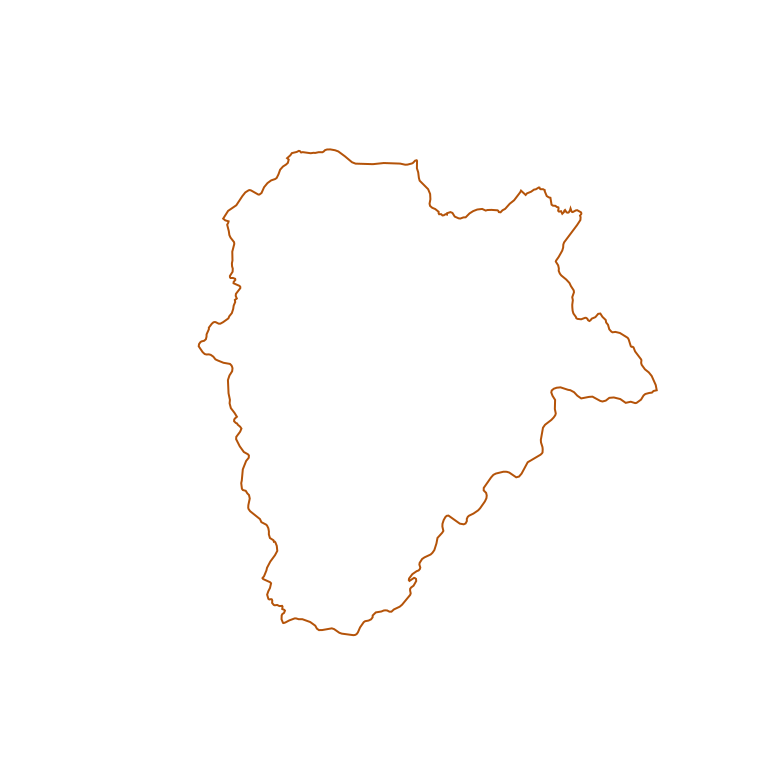 Carolina, Antioquia, Colombia, rotated 35°
{"feature_id": "7082276B54893921503227", "entity_name": "Carolina", "entity_type": "district", "adm_level": 2, "iso_a3": "COL", "parent_name": "Colombia", "parent_adm1": "Antioquia", "projection": "natural_earth1", "projection_center": [-75.301, 6.75], "detail": "fine", "context": "isolated", "style": "outline", "palette": "amber", "viewbox_px": 768, "rotation_deg": 35, "n_neighbors": 0, "source": "geoboundaries", "source_scale": "gbopen_adm2", "svg_char_len": 6153}
<svg xmlns="http://www.w3.org/2000/svg" viewBox="0 0 768 768"><g transform="rotate(35 384 384)"><path d="M164.0,301.7L162.7,302.2L162.0,303.0L160.5,306.6L160.2,311.3L160.5,322.3L157.0,331.6L157.4,340.8L160.1,341.0L163.4,339.9L163.9,341.2L164.2,343.5L169.2,347.8L171.9,350.7L174.3,352.1L179.8,353.8L181.0,355.1L183.8,362.6L189.0,369.7L190.2,372.4L192.0,374.7L194.0,376.3L195.6,378.9L195.8,383.9L196.6,384.9L197.5,385.2L199.4,383.8L201.7,383.2L202.5,384.0L202.3,386.7L203.0,387.8L209.4,386.5L210.6,386.9L211.3,387.9L211.0,395.1L212.0,396.9L214.4,398.4L213.6,400.7L215.1,402.2L215.9,406.0L217.4,409.0L218.7,413.2L218.4,417.3L218.9,419.5L216.7,425.7L215.3,428.5L214.0,429.4L210.6,429.9L209.7,430.4L208.9,431.3L208.4,433.4L208.2,438.3L209.1,439.5L210.2,445.1L211.5,447.1L212.4,449.5L211.9,451.7L210.0,453.9L209.6,455.1L209.6,457.4L210.6,459.4L217.1,461.9L219.9,462.3L221.6,461.7L223.5,460.2L225.3,459.5L228.5,459.5L231.8,460.5L234.2,460.1L240.3,458.7L246.3,455.9L248.5,456.3L250.2,457.4L251.0,458.2L252.3,460.7L252.5,465.6L253.9,470.3L262.0,480.8L266.9,485.4L268.6,488.4L272.4,491.6L278.1,493.4L282.3,495.2L281.6,498.0L281.8,499.3L282.6,500.5L285.0,500.9L286.4,500.6L287.4,501.2L290.7,501.5L292.8,502.3L293.5,505.6L293.3,512.0L294.5,514.0L301.6,517.8L308.2,520.1L312.8,519.6L314.3,520.0L315.5,522.0L315.2,526.1L317.3,534.9L322.9,544.7L323.9,547.1L327.7,551.3L329.2,551.8L332.0,550.8L334.8,552.0L337.1,552.4L339.7,554.8L342.4,561.1L343.8,563.3L344.8,564.1L347.3,565.0L359.9,565.8L362.8,567.5L368.0,566.8L369.3,567.0L372.0,568.5L374.3,570.8L375.9,573.2L378.9,575.6L383.0,575.4L384.3,576.4L384.8,575.8L385.8,576.0L389.0,578.1L392.3,581.9L392.9,586.8L392.7,594.6L393.6,601.7L394.6,604.1L396.0,610.3L395.8,612.7L396.9,613.1L404.4,611.7L405.8,612.0L407.6,616.5L408.1,620.1L409.1,623.6L412.5,626.3L413.6,626.3L414.9,625.0L415.7,624.8L416.7,625.5L417.9,627.5L420.4,628.2L421.5,627.9L423.2,626.3L425.7,625.9L427.8,624.2L428.5,624.5L429.7,626.7L431.9,626.2L432.9,626.5L433.4,628.9L432.7,630.7L432.9,632.2L435.0,635.5L438.3,637.6L438.9,637.4L440.0,635.9L442.0,632.0L445.3,627.2L446.3,626.5L449.0,625.6L452.0,623.5L460.1,621.3L466.3,621.4L469.4,622.9L471.9,622.9L474.5,621.0L481.4,614.1L483.7,613.4L490.1,613.4L492.6,612.7L503.0,607.3L504.2,606.2L505.0,604.7L505.1,602.5L504.0,597.1L504.0,590.7L504.6,589.1L507.0,586.7L508.4,584.2L508.5,581.7L507.5,580.1L508.3,575.8L512.3,571.9L513.7,569.7L514.8,568.7L516.5,567.7L519.0,567.4L520.7,566.2L521.4,563.0L524.6,557.4L525.4,554.4L526.4,541.7L525.9,540.1L523.9,538.3L522.9,536.8L522.9,535.2L523.9,532.3L523.4,526.9L522.0,525.3L520.3,525.3L519.8,525.6L517.8,530.7L516.8,530.4L516.1,528.9L516.3,523.5L518.1,518.6L519.3,516.9L519.5,514.9L519.0,513.5L516.6,511.7L515.8,510.1L515.6,505.5L516.6,502.8L520.0,496.9L520.5,494.5L520.5,491.2L518.4,484.5L516.1,479.4L517.0,472.4L516.9,470.3L513.6,467.3L512.1,465.0L510.9,461.1L510.6,457.6L511.0,456.0L512.3,454.8L526.2,454.9L529.8,453.2L530.8,451.5L530.5,448.8L529.2,447.0L528.8,444.7L529.2,443.1L531.6,438.8L533.6,433.5L534.0,430.7L534.0,422.3L533.4,418.8L532.1,416.4L530.1,414.6L526.7,414.0L525.3,411.9L525.3,399.1L525.7,395.7L527.0,393.2L532.2,387.3L534.9,385.5L537.4,384.7L545.8,384.6L547.7,382.4L548.1,378.5L546.6,365.7L552.8,352.1L553.2,350.0L553.1,349.1L551.4,346.4L550.0,344.8L546.1,341.8L544.5,339.8L539.3,328.6L539.3,325.0L541.7,317.4L542.2,314.1L542.2,311.3L541.6,309.6L538.3,306.5L533.3,298.9L528.8,297.0L525.9,295.0L525.1,293.1L525.8,290.5L527.6,288.0L530.5,285.5L538.1,283.2L540.2,282.2L544.4,281.7L549.1,282.7L553.8,282.7L559.3,277.0L562.0,274.8L570.9,273.8L573.0,273.0L575.2,270.4L576.5,266.1L580.0,263.2L586.2,260.8L592.8,260.8L596.3,257.0L600.7,255.6L601.7,254.6L603.5,249.4L603.2,244.5L603.8,242.3L606.4,239.2L608.4,237.4L608.8,235.1L611.0,232.7L607.2,229.0L598.7,223.9L594.2,222.6L589.3,222.3L584.1,220.5L582.6,219.3L581.3,217.0L580.6,216.4L571.0,213.3L567.4,210.9L566.3,210.9L565.4,211.6L564.5,211.5L558.8,207.1L557.1,206.4L548.0,206.9L543.7,208.6L541.5,210.6L540.2,210.7L537.2,210.0L533.5,207.0L530.7,206.2L528.9,204.4L524.4,203.7L520.8,202.2L519.2,203.7L518.8,208.0L516.7,211.3L516.6,213.4L516.1,214.6L514.6,214.7L513.1,213.9L511.6,213.9L510.8,214.4L508.4,217.9L505.1,219.7L503.8,219.8L502.7,219.0L498.7,217.6L496.5,215.8L494.3,213.2L492.8,211.2L490.6,207.0L488.4,204.9L487.0,199.9L485.7,198.5L481.0,196.6L478.0,194.9L473.4,193.9L466.9,193.4L464.7,192.7L462.2,191.1L460.9,189.0L458.6,186.9L454.5,185.2L454.2,184.3L454.2,179.7L453.5,172.5L452.5,169.5L450.9,166.9L450.3,164.7L451.0,143.0L450.8,137.0L449.3,134.5L448.0,133.7L448.1,131.7L447.7,130.9L446.9,130.4L442.6,130.8L441.6,131.7L440.0,134.9L439.5,135.2L438.7,135.1L436.1,133.2L436.7,135.0L436.9,137.4L436.4,138.2L435.1,138.7L432.5,137.6L432.3,138.6L432.8,140.0L432.4,142.3L429.9,140.9L428.5,142.4L427.3,142.2L426.2,139.9L425.5,139.3L423.8,139.9L422.3,139.7L420.1,141.0L418.4,141.0L413.5,136.0L411.9,136.6L409.5,136.7L405.1,133.9L404.5,133.0L402.6,133.2L400.6,134.6L399.7,134.6L398.7,133.9L398.1,134.2L396.7,137.4L395.4,138.7L394.2,142.1L391.8,145.8L391.6,147.9L385.3,147.0L385.6,148.9L385.2,158.8L383.6,164.2L382.8,171.0L381.4,173.8L381.0,176.5L379.5,177.3L378.2,176.6L377.4,176.6L372.2,179.7L369.0,182.1L367.8,183.6L364.0,184.3L360.3,187.6L357.9,191.2L356.2,195.2L355.3,200.6L353.5,202.0L351.6,204.7L350.1,205.5L345.9,206.3L341.9,204.6L339.8,205.1L337.7,207.9L338.4,209.1L337.0,209.6L336.2,211.5L335.2,212.4L333.5,212.1L331.8,213.3L330.8,212.8L330.0,211.6L325.6,211.3L322.4,212.0L319.6,211.7L317.9,210.2L316.0,206.0L312.8,201.9L308.4,199.1L296.6,197.0L294.4,195.2L290.6,191.0L287.2,188.4L283.1,182.3L282.4,182.0L281.4,183.2L280.9,186.3L280.4,187.3L277.4,190.8L275.6,192.2L270.8,194.2L257.1,203.1L248.8,210.3L234.3,219.8L230.6,220.7L221.3,219.9L213.2,219.7L209.8,220.6L205.5,222.6L202.8,224.6L201.6,226.2L201.2,228.3L200.6,229.5L197.5,231.6L195.1,234.2L193.7,235.0L191.6,237.0L184.4,240.7L183.3,241.9L181.4,241.5L180.5,241.9L179.4,244.0L176.1,247.7L176.1,250.4L175.1,254.6L177.2,254.8L178.4,258.0L177.9,260.4L176.5,263.8L176.0,268.0L177.3,272.8L177.9,276.8L177.3,278.5L174.8,281.9L173.3,286.3L172.9,291.6L174.1,297.8L173.3,300.2L172.4,300.9L164.0,301.7Z" fill="none" stroke="#b45309" stroke-width="2"/></g></svg>